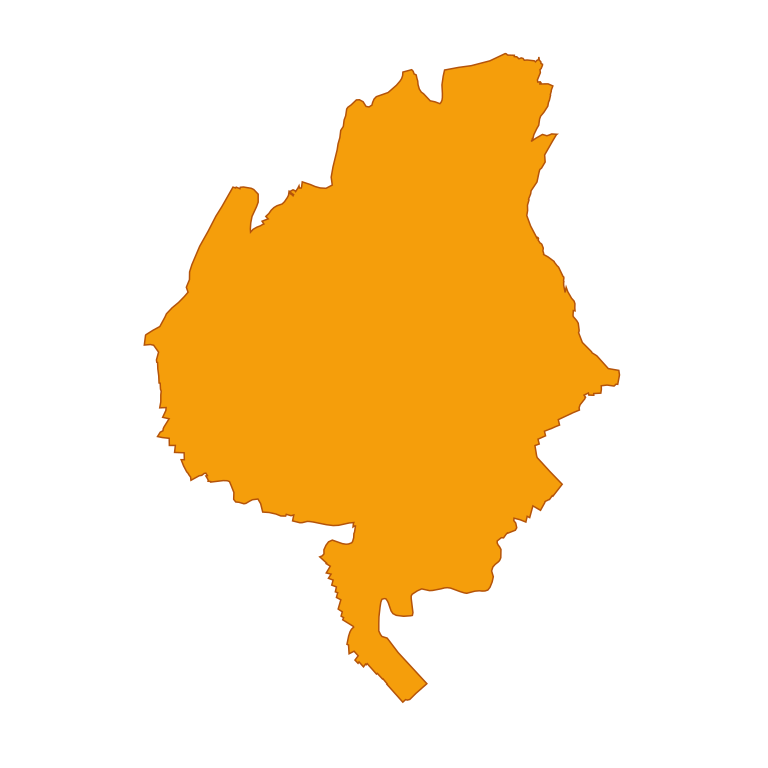 the district of Jaltocán, Hidalgo, Mexico, rotated 175°
{"feature_id": "50627088B46282994353665", "entity_name": "Jaltocán", "entity_type": "district", "adm_level": 2, "iso_a3": "MEX", "parent_name": "Mexico", "parent_adm1": "Hidalgo", "projection": "mercator", "projection_center": [-98.528, 21.154], "detail": "fine", "context": "isolated", "style": "filled", "palette": "amber", "viewbox_px": 768, "rotation_deg": 175, "n_neighbors": 0, "source": "geoboundaries", "source_scale": "gbopen_adm2", "svg_char_len": 6158}
<svg xmlns="http://www.w3.org/2000/svg" viewBox="0 0 768 768"><g transform="rotate(175 384 384)"><path d="M385.8,67.5L379.2,73.0L367.4,81.7L393.3,115.2L403.0,130.6L408.1,132.7L409.4,134.9L410.7,138.5L410.0,146.5L409.3,152.6L407.4,162.0L406.2,166.9L404.9,169.7L402.6,170.2L400.9,169.9L399.7,167.9L398.8,165.7L396.7,157.3L395.1,154.5L392.0,152.5L388.9,151.8L384.6,150.9L377.6,150.8L375.9,151.0L375.1,153.7L375.6,168.0L375.4,170.4L374.3,172.1L368.7,175.1L364.3,176.6L356.7,174.2L353.6,174.1L345.0,175.0L341.4,175.6L338.7,175.6L335.5,174.9L326.4,170.6L322.2,168.9L319.8,168.3L311.5,169.7L307.0,169.7L304.5,169.2L301.5,169.0L298.5,169.7L296.1,172.3L293.5,177.4L291.9,182.5L293.1,188.4L291.5,192.2L289.0,194.6L285.8,196.7L284.3,198.0L282.8,200.7L281.9,209.0L283.1,211.8L284.4,213.8L285.1,215.9L284.9,217.8L280.5,220.7L278.3,220.3L275.7,223.4L274.0,224.9L273.7,224.6L265.9,226.9L264.3,229.2L264.9,234.0L266.6,236.6L266.2,239.0L260.2,236.9L254.7,234.1L252.9,239.7L250.5,238.2L246.3,249.6L239.1,244.5L234.1,251.9L233.8,252.9L229.4,254.6L229.2,254.5L226.1,258.1L225.5,257.5L215.2,268.6L226.4,282.4L237.8,297.3L238.2,299.1L239.0,309.5L234.6,310.7L235.4,315.6L227.6,318.3L228.3,323.0L220.7,325.2L217.0,326.5L212.7,327.8L213.5,333.3L198.0,339.0L191.6,341.0L191.7,343.4L190.4,346.3L185.1,351.9L184.9,353.0L184.4,353.3L185.7,355.5L181.2,357.2L180.9,355.1L176.0,354.5L175.9,356.2L168.8,356.0L167.9,359.7L167.7,363.3L161.9,363.5L155.0,361.9L152.8,363.6L151.2,363.3L148.6,372.5L148.9,377.1L159.2,379.8L169.5,393.5L174.1,397.0L174.4,398.0L182.8,408.1L185.7,418.2L185.2,419.2L184.9,420.5L185.2,427.6L186.5,430.3L189.6,434.7L189.7,436.1L189.0,440.7L187.3,440.2L187.3,443.1L186.8,447.3L187.4,450.0L189.7,453.1L192.9,460.0L194.1,464.5L195.6,459.4L196.4,466.7L196.2,469.9L195.9,470.1L196.1,471.6L195.6,473.7L195.6,474.9L196.3,475.6L199.9,485.2L201.4,486.9L203.8,490.7L203.8,491.2L209.5,496.3L213.7,499.1L213.5,500.1L214.1,502.7L213.5,505.5L214.6,509.4L215.5,510.4L216.2,510.8L217.9,513.9L217.4,515.4L217.7,516.2L218.2,516.7L218.9,516.0L224.2,528.7L227.1,539.4L225.8,544.3L225.5,549.6L223.5,554.8L223.9,555.5L221.3,560.7L220.6,563.7L214.0,571.9L211.2,581.1L210.1,584.1L208.3,585.3L204.1,591.1L204.0,598.2L194.7,611.6L190.5,617.4L190.0,617.7L195.2,618.5L197.5,617.7L200.1,617.1L204.4,618.8L211.5,615.5L216.2,612.8L214.3,615.6L214.6,615.7L213.9,616.6L213.0,619.3L209.6,625.0L207.3,628.3L205.9,634.4L204.6,637.2L201.0,640.8L196.6,646.5L195.6,650.2L194.5,652.3L192.9,657.3L193.1,657.8L191.9,660.9L191.7,662.2L189.8,666.2L194.4,668.7L202.6,669.3L202.5,669.8L201.4,670.4L202.0,671.4L204.5,671.4L204.7,673.5L201.1,680.5L201.2,683.6L200.0,684.5L198.4,687.6L198.2,688.7L199.7,689.6L199.6,691.1L201.1,693.3L201.2,696.3L201.8,693.7L203.6,693.0L205.0,691.7L206.2,692.9L213.2,694.3L216.0,694.3L217.1,696.2L218.9,696.9L221.2,696.2L223.2,698.4L225.7,698.8L225.5,700.1L232.2,700.9L233.5,702.3L234.5,702.6L250.4,696.7L269.4,693.5L282.1,692.9L296.3,691.5L298.2,685.5L300.2,676.9L300.5,668.3L300.9,664.2L301.5,661.6L302.7,659.5L303.9,658.4L308.7,660.7L313.3,662.1L319.3,669.7L321.4,671.5L323.1,674.7L324.0,679.3L324.0,682.9L324.6,685.8L325.0,689.1L327.0,690.3L327.6,692.7L328.3,693.9L329.1,694.7L338.0,693.1L338.6,689.5L339.9,686.6L341.7,684.3L345.6,680.5L354.5,674.0L366.6,670.9L369.0,668.8L370.8,665.5L371.7,662.9L374.8,661.3L377.7,662.1L380.2,667.0L383.7,669.3L386.8,669.4L392.4,664.9L395.9,662.8L397.2,661.2L398.8,654.5L400.7,650.5L402.1,644.1L405.0,640.4L406.5,633.3L408.8,627.3L410.3,621.2L415.9,604.7L418.6,594.6L418.2,586.7L424.7,584.0L430.6,584.9L435.4,586.7L439.9,589.1L447.8,592.5L448.9,587.6L449.4,586.4L451.2,586.6L451.4,588.8L452.7,586.7L455.3,583.4L455.9,584.4L457.7,585.4L461.1,583.9L461.7,584.4L461.8,584.1L457.5,580.5L458.2,579.4L459.0,580.4L462.1,582.8L462.7,580.3L464.1,578.1L467.3,574.2L469.8,572.2L475.1,570.9L478.2,569.4L481.2,567.0L483.9,563.8L486.7,561.6L486.6,561.4L487.1,561.1L485.0,558.6L491.3,556.8L489.7,553.9L491.4,553.3L493.2,552.4L497.0,551.3L500.9,549.5L503.7,546.9L503.6,550.3L502.7,556.1L500.9,562.4L495.5,571.8L493.5,576.1L492.8,584.1L496.8,589.1L499.1,590.5L506.8,592.5L510.0,592.5L510.5,591.1L514.1,593.0L514.7,592.2L517.3,593.3L530.0,574.9L536.8,565.9L545.9,551.5L555.6,537.3L565.0,519.6L567.9,512.6L568.7,504.9L572.5,497.6L571.2,492.5L575.3,488.5L581.6,483.1L588.3,478.5L594.6,472.9L596.4,469.7L602.3,460.8L609.4,457.7L616.8,453.9L617.3,453.3L619.4,443.7L613.3,443.7L610.1,442.7L605.8,435.4L608.6,427.8L608.5,425.5L607.7,425.2L608.0,418.7L607.7,411.6L608.0,404.6L606.9,404.3L607.1,398.4L606.6,396.2L607.3,392.6L607.9,385.7L609.5,379.8L603.1,379.5L603.6,376.7L607.4,370.1L601.1,368.1L606.9,360.4L607.8,358.8L608.3,356.7L611.1,355.5L614.2,351.4L609.6,350.0L602.7,348.6L603.2,341.5L597.2,341.0L598.6,334.1L589.1,332.9L589.5,326.0L592.7,326.3L590.8,319.9L588.2,313.7L586.7,311.7L586.6,311.0L584.8,308.2L584.7,304.9L576.1,308.7L573.5,308.9L570.9,310.6L569.2,310.7L567.9,308.1L569.5,307.9L568.1,305.1L567.5,303.4L567.8,302.5L565.1,301.9L565.1,301.4L552.6,301.8L548.5,301.3L546.4,300.2L545.0,295.8L543.0,289.0L543.8,282.2L542.0,279.4L538.8,278.8L534.0,276.9L532.0,277.1L528.1,279.0L525.1,280.2L519.6,280.4L517.3,275.5L516.0,267.0L509.6,266.0L503.0,263.9L498.2,261.5L493.5,261.0L492.7,262.7L488.1,260.9L485.3,261.4L487.0,255.6L479.8,253.1L477.5,253.0L472.5,253.8L470.1,253.5L466.6,252.7L453.8,248.9L446.9,247.4L441.5,247.2L430.8,248.6L426.2,248.6L426.6,247.9L427.3,244.3L425.7,245.2L424.8,245.0L426.3,238.9L427.0,237.7L427.6,233.5L429.0,229.8L430.1,228.6L433.3,227.7L435.8,227.7L439.4,228.6L449.1,233.0L453.0,231.6L455.8,228.5L458.3,224.1L458.6,220.0L460.5,218.2L463.1,217.4L456.8,210.6L457.3,210.1L453.4,207.2L458.0,200.8L453.3,199.2L456.3,195.3L451.8,193.1L453.6,188.2L449.1,186.0L450.6,181.2L448.3,180.1L450.0,175.5L445.8,172.8L449.3,163.8L445.4,160.7L447.0,156.5L444.6,154.8L445.7,152.7L435.8,145.3L435.4,144.5L437.9,142.4L439.5,140.0L441.2,136.0L443.6,127.9L442.1,127.1L442.3,118.3L437.1,120.4L433.4,115.5L437.0,111.5L434.2,108.0L433.1,109.3L429.1,104.0L426.8,106.6L426.2,105.9L425.1,106.9L416.8,95.7L415.9,96.3L411.2,90.2L410.7,90.4L406.9,84.9L407.3,84.6L393.0,65.4L390.0,67.7L388.3,67.1L385.8,67.5Z" fill="#f59e0b" stroke="#b45309" stroke-width="1.5"/></g></svg>